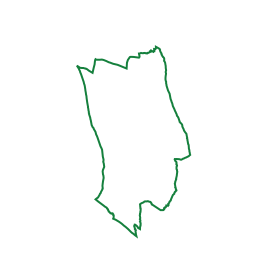 outline of Hof nor, Vestfold, Norway, rotated 36°
{"feature_id": "86288312B12801335052403", "entity_name": "Hof nor", "entity_type": "district", "adm_level": 2, "iso_a3": "NOR", "parent_name": "Norway", "parent_adm1": "Vestfold", "projection": "equal_earth", "projection_center": [10.058, 59.556], "detail": "fine", "context": "isolated", "style": "outline", "palette": "green", "viewbox_px": 256, "rotation_deg": 36, "n_neighbors": 0, "source": "geoboundaries", "source_scale": "gbopen_adm2", "svg_char_len": 5759}
<svg xmlns="http://www.w3.org/2000/svg" viewBox="0 0 256 256"><g transform="rotate(36 128 128)"><path d="M143.7,204.8L147.0,205.0L154.4,205.1L155.3,205.2L157.5,205.0L157.9,205.1L158.3,205.5L158.8,205.4L159.0,205.5L159.7,205.6L160.0,206.1L160.8,206.3L161.4,206.9L162.1,206.8L162.4,207.0L163.2,207.0L163.8,207.3L164.3,207.1L164.9,207.1L165.0,207.0L164.9,206.7L165.2,206.5L165.3,206.3L165.7,206.1L166.8,206.5L167.1,207.1L167.8,207.1L168.9,208.7L169.1,209.2L169.2,209.9L169.3,210.1L171.8,209.5L172.7,209.4L176.2,209.1L179.2,209.1L182.2,209.4L184.1,209.4L187.5,209.7L191.8,210.4L193.3,210.5L194.6,210.4L196.4,210.6L198.4,210.6L196.6,209.1L196.4,208.9L196.3,208.6L194.9,207.3L194.6,206.7L194.4,206.5L194.4,206.2L194.1,206.2L193.9,206.0L193.7,206.0L193.5,205.8L193.3,205.8L193.3,205.5L192.7,205.3L191.8,204.6L191.5,204.2L191.2,204.1L190.6,203.7L190.6,203.0L190.2,202.2L190.3,202.1L191.5,202.0L192.8,202.1L194.9,202.7L195.0,202.9L197.1,202.7L196.9,202.4L196.7,202.4L196.4,201.7L196.0,201.0L195.6,200.1L195.6,199.9L195.6,199.7L195.2,199.3L195.1,198.9L194.8,198.5L194.5,198.3L194.3,197.7L194.1,197.5L192.9,196.8L193.0,196.6L192.9,196.4L192.7,196.2L192.3,195.4L191.2,194.8L191.2,194.4L191.0,194.1L190.8,193.6L189.9,192.7L189.5,192.3L189.0,191.9L188.8,191.6L188.7,191.1L188.4,190.8L188.3,190.4L187.9,190.0L187.7,189.1L187.1,188.3L187.1,187.9L186.2,186.7L185.9,186.0L185.3,185.8L185.1,185.3L184.6,185.0L184.1,184.3L183.9,184.2L183.4,183.6L183.3,183.3L182.6,182.7L182.6,182.2L183.2,180.8L184.3,179.0L184.5,177.9L184.8,177.5L186.4,176.3L187.1,175.5L188.7,175.1L189.6,174.6L190.2,174.8L190.6,174.9L191.0,175.2L191.5,175.2L191.7,175.5L192.2,175.9L193.4,175.7L202.6,175.3L203.0,175.0L203.3,174.8L204.9,173.6L204.8,173.2L204.9,172.7L204.7,172.4L204.8,172.3L205.0,172.2L204.5,170.9L204.4,170.9L204.5,170.5L205.0,170.3L205.1,170.0L205.0,169.1L205.0,168.6L205.0,168.4L204.5,168.1L204.7,167.8L204.8,167.7L204.6,167.6L205.1,167.6L205.7,167.4L206.0,167.4L205.9,166.8L205.4,166.1L205.6,166.0L205.1,165.6L205.3,164.2L205.2,163.8L204.9,163.4L204.9,162.9L205.2,161.5L204.8,160.7L203.7,155.9L204.1,154.0L203.8,153.6L203.5,152.3L203.7,152.0L203.8,151.2L203.6,150.8L203.9,150.1L203.2,149.5L202.7,149.4L201.9,148.5L201.3,148.4L201.3,148.1L200.1,147.0L199.7,146.5L198.9,145.8L198.5,145.4L198.4,144.6L197.9,144.0L197.7,143.3L197.2,141.5L196.9,141.2L197.0,140.9L196.5,140.3L195.5,137.9L195.0,137.1L193.5,134.3L193.0,134.0L192.3,133.1L191.4,132.7L190.6,131.6L190.1,130.9L189.8,130.1L189.9,129.8L189.7,129.5L189.5,129.3L188.3,128.8L188.3,128.4L187.3,127.2L186.6,126.9L186.0,127.0L184.6,126.2L184.0,126.0L183.5,126.1L185.6,124.5L187.8,123.1L189.6,122.5L190.5,120.9L190.6,120.4L191.2,119.7L191.8,118.4L192.3,117.8L193.1,116.2L193.4,115.7L193.5,115.4L193.7,115.0L193.8,114.3L194.1,113.2L192.8,112.1L192.3,111.5L191.6,111.0L190.6,109.8L189.5,109.0L187.3,106.4L186.5,105.7L186.0,105.6L185.4,104.9L184.9,104.5L184.3,103.9L184.1,103.6L183.5,103.2L182.9,102.4L181.9,101.8L181.9,101.4L181.5,101.0L181.1,100.8L180.7,100.3L179.7,99.4L178.7,98.4L176.3,97.7L175.4,97.3L174.9,97.2L173.6,96.2L171.6,95.2L171.3,94.9L170.7,94.5L170.6,94.2L169.8,93.5L168.9,93.2L167.9,93.0L167.4,93.0L166.5,92.7L166.2,92.7L165.7,92.2L162.9,90.2L161.7,89.6L160.4,89.3L159.3,88.3L158.3,87.8L156.8,86.9L155.9,86.5L154.6,85.6L152.0,84.2L151.3,83.8L149.6,82.3L148.4,81.5L147.8,81.2L147.0,80.5L146.0,79.9L145.3,79.4L141.5,75.8L138.3,74.1L135.5,72.0L134.3,71.1L133.4,70.1L132.7,69.6L131.6,68.1L131.0,67.8L129.9,66.8L129.0,65.6L127.9,63.8L127.0,62.0L126.6,61.4L126.0,61.0L125.5,60.4L124.9,58.9L123.3,57.3L121.9,55.5L121.3,55.0L119.7,53.4L118.5,52.7L117.8,52.5L117.8,52.4L116.6,50.7L116.1,50.3L115.4,50.0L114.6,50.0L114.5,49.9L114.4,49.8L113.7,49.7L113.4,49.5L113.2,49.4L112.9,49.2L112.3,49.0L112.3,48.9L112.1,48.7L111.6,48.5L111.3,48.0L110.8,47.8L110.5,47.8L109.8,47.4L109.7,47.3L109.3,47.2L107.9,46.1L107.9,45.9L106.9,45.4L106.0,45.6L105.2,45.6L102.8,45.9L103.5,46.9L103.7,47.0L103.7,47.3L103.8,47.4L103.8,48.2L103.8,48.3L103.2,48.5L102.8,48.7L102.9,48.8L102.9,49.0L103.6,49.8L103.6,50.4L104.0,50.6L103.6,51.0L103.8,51.3L103.8,51.5L103.0,51.6L102.6,51.5L101.8,51.8L101.5,51.7L101.0,51.7L101.0,51.9L101.2,52.2L101.3,52.4L101.6,52.6L101.7,52.9L101.6,53.0L100.8,53.3L101.0,53.6L101.0,54.0L100.8,54.3L100.2,55.4L99.8,55.6L99.8,56.0L99.4,56.2L99.4,56.3L99.5,56.5L99.2,56.7L98.5,57.1L97.6,57.3L97.5,57.5L97.4,57.6L97.0,57.8L96.6,58.1L96.5,58.4L96.3,58.6L95.2,59.3L94.4,59.6L94.2,60.0L93.8,60.7L93.1,61.3L93.9,62.1L94.9,62.9L95.4,63.5L95.6,64.2L95.6,64.5L95.4,64.7L90.8,67.2L88.4,68.8L87.8,69.6L87.9,73.0L88.8,75.8L91.9,80.7L83.2,82.8L82.2,83.1L78.2,84.8L75.2,85.6L73.8,86.1L71.0,86.6L68.3,87.3L66.6,88.0L66.0,88.6L62.7,91.1L62.3,91.3L61.3,91.4L61.4,92.1L62.2,93.8L63.6,96.2L64.8,99.3L66.9,104.2L62.7,104.6L60.1,104.5L59.6,104.7L59.2,104.7L59.2,104.8L56.6,105.7L55.5,106.5L53.8,107.5L50.0,107.6L53.3,108.9L54.4,109.6L55.7,110.2L56.6,111.0L58.3,112.0L65.1,116.8L66.3,117.9L67.5,118.7L68.3,119.4L70.7,121.8L71.5,122.7L73.2,124.3L74.2,125.4L75.6,126.6L77.0,128.2L80.1,131.4L82.6,133.8L83.1,134.2L83.6,135.0L84.2,135.4L85.8,137.1L86.6,137.7L87.5,138.9L87.9,139.0L88.5,139.8L91.3,141.8L92.5,143.0L93.2,143.5L96.8,146.9L97.2,147.2L97.5,147.3L98.9,148.1L100.1,148.3L101.1,149.0L103.9,150.2L106.1,152.0L107.5,152.7L108.9,153.6L116.7,159.1L117.8,159.6L119.8,160.8L124.5,166.0L126.3,167.5L126.8,168.0L127.7,169.4L127.7,169.7L128.2,170.2L129.2,170.9L131.6,173.4L132.4,176.7L133.0,178.0L135.1,180.3L136.0,180.9L137.4,182.4L137.7,182.8L139.4,186.4L139.9,187.2L140.0,187.5L140.6,188.5L141.2,189.6L142.1,190.7L142.8,191.4L143.1,191.8L143.2,192.0L143.1,192.3L143.4,192.9L143.7,195.3L143.9,196.2L144.1,196.6L144.2,197.0L144.0,197.6L144.4,199.3L144.4,200.0L144.6,201.9L144.4,202.3L143.8,204.3L143.7,204.8Z" fill="none" stroke="#15803d" stroke-width="2"/></g></svg>